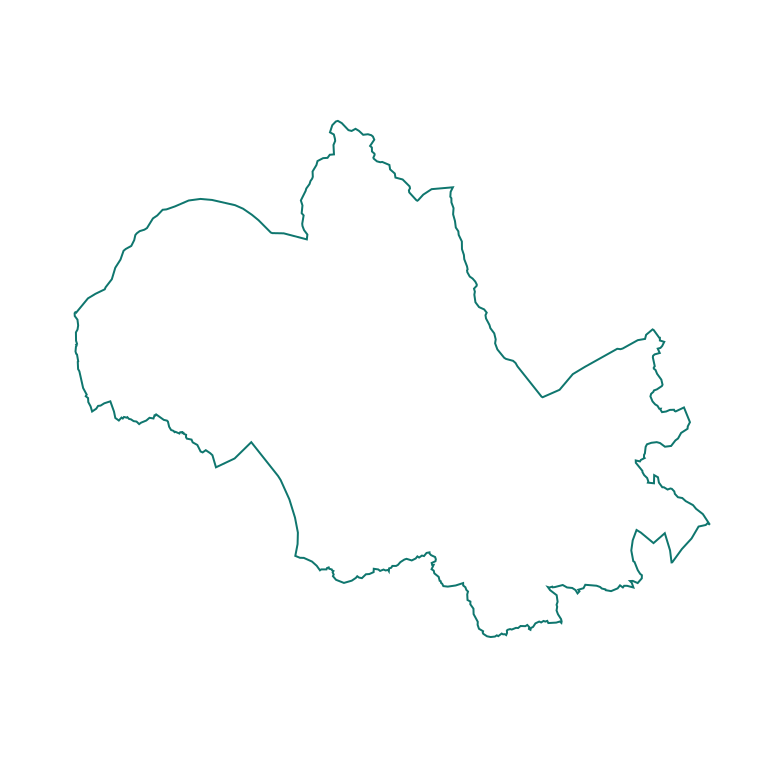 outline of Burera, Northern, Rwanda, rotated 351°
{"feature_id": "39286606B41980105768775", "entity_name": "Burera", "entity_type": "district", "adm_level": 2, "iso_a3": "RWA", "parent_name": "Rwanda", "parent_adm1": "Northern", "projection": "albers", "projection_center": [29.857, -1.461], "detail": "fine", "context": "isolated", "style": "outline", "palette": "teal", "viewbox_px": 768, "rotation_deg": 351, "n_neighbors": 0, "source": "geoboundaries", "source_scale": "gbopen_adm2", "svg_char_len": 6137}
<svg xmlns="http://www.w3.org/2000/svg" viewBox="0 0 768 768"><g transform="rotate(351 384 384)"><path d="M589.6,620.9L592.4,621.3L598.5,624.0L597.6,619.1L596.2,617.1L598.9,617.4L603.4,620.3L608.2,616.3L608.8,613.2L607.3,611.6L605.5,607.5L603.6,599.0L602.5,598.0L602.2,587.1L605.2,577.3L610.6,567.7L614.4,570.9L625.3,583.3L638.0,575.3L640.5,593.1L640.1,605.2L640.8,605.2L652.4,593.6L663.6,584.7L672.4,574.0L679.7,573.6L681.8,572.1L683.8,573.9L678.6,562.4L672.7,556.1L670.3,552.0L663.7,546.9L660.8,543.3L656.6,541.8L654.1,538.0L653.9,535.5L651.9,532.6L650.5,532.0L647.6,532.6L644.3,529.8L642.7,529.5L640.1,524.4L640.0,519.0L636.6,516.3L635.1,524.3L629.2,522.7L629.8,521.6L629.2,518.0L626.7,514.7L625.5,511.5L625.6,510.2L620.4,501.2L620.7,498.9L624.7,500.5L625.8,499.2L629.8,497.9L629.3,497.2L629.8,494.6L630.8,493.4L632.6,487.0L634.3,484.7L638.9,483.9L644.3,484.1L647.4,485.5L651.7,489.9L657.9,490.1L663.0,485.3L665.9,483.8L669.8,478.8L676.8,475.7L677.4,473.4L680.2,469.6L676.6,454.1L667.8,456.7L666.9,456.2L666.4,454.8L662.2,454.3L658.4,455.3L654.2,455.3L653.0,452.5L653.5,451.7L652.0,451.5L650.7,448.3L648.6,446.5L646.5,443.2L645.2,437.9L646.3,435.5L648.8,433.9L649.6,432.6L652.7,432.0L658.1,429.5L659.0,428.3L658.6,423.1L655.3,416.6L654.4,412.7L652.9,411.0L653.0,410.0L654.2,408.8L653.7,399.7L654.2,398.2L655.9,397.1L661.2,396.5L659.9,391.9L662.7,391.6L664.7,390.0L667.4,386.2L663.3,384.2L663.7,381.5L663.1,381.4L658.8,372.9L657.8,372.1L650.6,376.4L648.9,380.3L641.5,380.4L625.3,386.3L623.0,386.6L619.9,385.7L585.1,398.5L572.0,403.8L556.5,417.2L538.6,421.9L537.6,421.1L518.6,387.5L517.2,383.8L515.1,381.3L508.4,378.3L506.8,376.9L501.4,367.6L500.1,361.2L501.3,357.4L500.8,351.2L497.8,345.5L497.4,342.2L495.0,335.2L495.0,331.9L496.6,329.6L494.6,326.0L489.9,322.9L487.1,317.6L487.2,309.9L488.2,307.0L487.8,303.9L490.9,301.5L491.2,300.3L490.2,297.2L488.0,293.7L485.5,291.3L483.8,286.7L483.8,284.7L484.5,283.9L484.4,280.8L482.8,273.3L483.1,269.0L482.1,263.0L483.2,255.4L481.1,248.4L481.3,244.8L479.4,240.7L479.6,234.2L478.8,227.2L480.2,221.2L479.0,215.2L479.6,211.1L478.8,209.4L479.9,204.6L482.8,200.5L461.5,199.0L452.4,203.1L446.5,207.8L445.6,208.2L444.7,207.5L438.9,198.7L438.9,196.6L440.3,194.8L440.2,192.8L434.4,184.9L427.6,181.9L427.6,177.8L423.6,173.0L423.6,168.5L417.0,164.4L415.1,164.4L411.9,163.0L409.1,159.8L408.9,158.8L410.6,156.2L410.6,155.0L408.5,152.5L409.0,148.5L407.5,146.7L412.6,141.2L411.8,137.9L410.4,136.3L407.2,134.8L402.4,134.6L398.9,130.1L395.8,127.5L391.6,129.0L388.6,127.7L383.1,119.7L379.6,116.9L377.5,117.2L373.4,120.3L370.0,127.0L373.5,129.7L373.9,134.0L373.8,136.3L371.5,140.0L370.5,149.4L366.3,149.1L363.6,151.8L359.2,151.4L353.2,153.4L351.5,157.2L346.7,162.9L346.1,168.2L345.2,169.9L343.1,172.1L341.7,174.9L337.8,178.8L336.8,181.0L330.6,189.7L331.4,194.9L329.4,202.4L331.0,204.9L328.3,212.9L328.2,215.2L329.1,219.5L331.7,224.4L330.4,229.1L308.5,219.5L297.3,217.5L295.9,216.7L285.7,202.6L280.0,196.2L272.2,188.8L264.9,184.1L242.9,175.3L231.7,172.5L219.8,172.2L205.3,175.9L196.5,177.5L192.6,177.3L186.4,182.1L181.7,184.3L174.3,192.9L171.5,194.1L166.6,194.8L163.4,196.5L161.7,198.0L159.8,202.8L156.0,208.1L150.1,210.2L147.6,211.7L143.2,219.9L136.8,227.1L131.6,237.9L124.1,245.0L123.0,246.8L113.1,249.8L105.0,253.1L91.1,265.4L90.4,264.8L89.5,265.7L89.2,268.5L91.3,272.5L91.1,278.3L89.8,282.3L87.8,284.8L86.6,293.1L87.1,296.4L86.0,297.1L86.4,298.1L85.6,298.9L84.4,303.6L84.7,306.0L85.4,306.8L85.5,313.9L85.0,314.2L84.2,321.4L85.1,323.8L86.2,340.9L88.7,348.0L87.5,349.4L89.5,351.6L89.1,355.6L90.7,360.2L91.4,365.5L95.9,363.4L98.2,360.9L100.7,361.0L104.7,359.3L111.0,358.3L113.0,369.0L113.3,375.5L116.4,378.6L119.5,376.1L120.6,377.2L122.0,375.9L124.6,377.0L125.3,376.6L126.7,378.6L128.5,379.3L130.9,381.5L133.7,382.4L135.9,385.3L138.0,384.2L143.5,382.9L147.1,380.7L150.9,382.0L152.5,379.0L153.3,379.4L154.2,378.4L160.9,385.0L163.9,386.2L164.7,387.3L165.1,392.6L166.5,396.1L168.8,397.4L169.6,398.8L170.5,398.6L174.2,400.9L175.1,399.8L177.3,399.9L177.3,401.0L178.4,401.0L178.6,402.0L180.6,403.2L180.1,405.5L180.7,407.1L185.2,408.8L185.9,411.7L190.1,415.0L192.3,422.0L194.2,423.2L197.6,421.5L201.5,425.1L203.4,427.5L205.0,440.0L224.8,434.2L243.8,420.7L265.0,458.3L266.9,462.7L272.5,483.2L275.2,502.1L275.7,517.3L273.6,528.6L269.5,539.9L273.8,542.5L277.6,543.2L285.1,548.1L289.1,553.0L291.6,558.0L293.0,557.3L298.2,558.1L298.9,556.9L300.7,556.5L301.0,557.9L303.4,559.0L303.6,560.0L304.8,560.8L303.8,562.1L304.5,564.3L303.5,565.8L306.0,569.9L313.3,574.2L321.4,573.2L325.9,571.1L327.5,569.7L329.1,571.3L331.8,572.3L336.4,569.1L339.8,569.4L344.3,568.2L345.0,564.9L349.4,566.3L350.9,568.0L354.5,567.2L356.4,568.4L359.0,568.3L359.5,569.6L360.2,566.9L362.4,566.6L363.8,565.0L367.4,565.6L369.4,564.9L372.3,562.5L376.6,560.6L378.9,560.2L383.8,562.6L388.0,561.3L390.0,559.5L391.5,560.9L394.6,559.4L396.6,560.2L399.6,557.5L402.6,557.4L402.5,558.6L403.7,560.4L407.4,562.9L407.8,565.2L407.1,567.1L403.1,568.2L403.3,570.3L404.7,570.4L402.0,574.4L403.9,576.1L404.1,578.9L407.8,583.0L408.2,587.1L409.1,587.6L409.3,589.5L410.2,590.3L411.0,592.9L415.3,594.1L423.3,594.2L431.0,593.0L430.7,595.4L432.6,597.5L433.1,600.2L434.5,602.1L433.3,604.8L432.7,610.4L435.3,612.4L434.8,615.1L437.2,619.9L436.5,625.3L439.4,633.5L438.8,636.5L439.5,640.6L443.2,643.7L442.6,645.1L443.0,646.3L446.3,649.3L449.8,650.6L454.1,650.8L456.1,649.9L457.4,650.9L461.2,648.9L462.5,649.9L464.2,650.0L465.4,651.1L466.6,649.1L466.8,646.7L467.8,646.1L470.2,645.8L471.8,646.5L476.2,645.5L478.3,646.0L481.0,644.4L485.8,645.3L487.8,644.4L489.4,646.7L488.8,648.6L490.2,649.7L490.9,648.0L493.3,647.2L496.1,644.1L500.1,642.9L501.9,644.1L504.5,643.0L506.2,643.9L508.2,643.5L508.9,645.8L516.8,646.6L520.5,646.1L521.8,647.7L522.3,646.3L522.1,643.9L519.8,638.6L519.0,634.7L520.2,631.1L519.9,629.1L521.4,626.3L521.5,619.6L515.8,613.6L514.1,610.2L515.5,610.9L518.5,610.5L518.8,611.2L520.9,611.3L529.1,610.5L533.0,613.6L538.0,614.9L540.9,617.5L542.4,621.1L544.6,619.4L543.7,617.6L549.1,616.9L551.4,613.8L562.4,616.5L565.7,618.3L567.2,620.1L570.6,621.5L570.7,622.3L575.9,624.1L582.8,622.4L585.6,619.8L588.1,622.3L589.6,620.9Z" fill="none" stroke="#0f766e" stroke-width="2"/></g></svg>